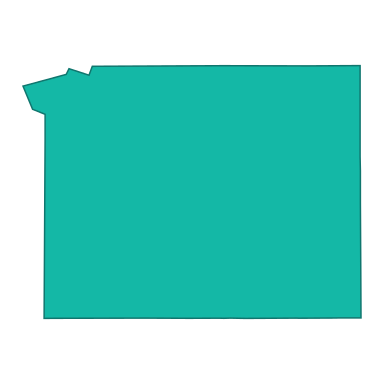 the district of Amite, Mississippi, United States of America
{"feature_id": "52423323B37899299883293", "entity_name": "Amite", "entity_type": "district", "adm_level": 2, "iso_a3": "USA", "parent_name": "United States of America", "parent_adm1": "Mississippi", "projection": "orthographic", "projection_center": [-90.779, 31.174], "detail": "fine", "context": "isolated", "style": "filled", "palette": "teal", "viewbox_px": 384, "rotation_deg": 0, "n_neighbors": 0, "source": "geoboundaries", "source_scale": "gbopen_adm2", "svg_char_len": 546}
<svg xmlns="http://www.w3.org/2000/svg" viewBox="0 0 384 384"><path d="M189.0,318.3L215.0,318.2L217.4,318.2L219.8,318.2L223.9,318.3L230.4,318.1L245.4,318.4L245.5,318.4L296.9,318.1L298.5,318.2L335.6,318.0L336.4,318.0L338.2,317.9L338.8,317.9L348.9,317.9L361.0,317.9L360.8,275.5L360.4,202.5L360.4,170.9L360.1,156.6L360.1,65.6L307.7,65.9L223.0,65.7L92.3,66.3L89.0,75.2L69.0,68.7L66.2,74.4L23.0,86.1L32.6,109.3L45.1,114.3L45.1,140.4L44.1,318.4L55.3,318.3L146.4,318.1L188.9,318.3L189.0,318.3Z" fill="#14b8a6" stroke="#0f766e" stroke-width="1.5"/></svg>